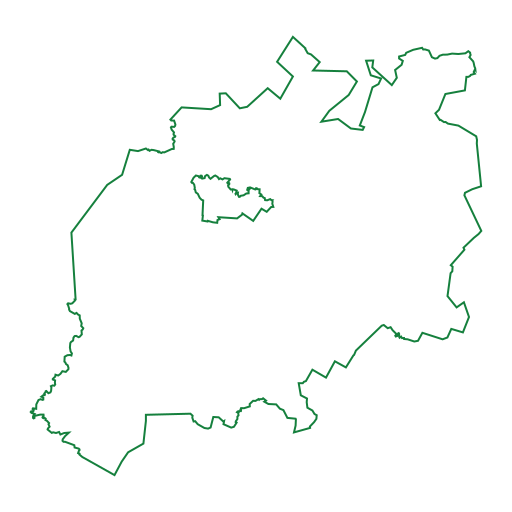 Apes pag., Apes, Latvia (Mercator projection)
{"feature_id": "27541924B88937634750122", "entity_name": "Apes pag.", "entity_type": "district", "adm_level": 2, "iso_a3": "LVA", "parent_name": "Latvia", "parent_adm1": "Apes", "projection": "mercator", "projection_center": [26.708, 57.522], "detail": "fine", "context": "isolated", "style": "outline", "palette": "green", "viewbox_px": 512, "rotation_deg": 0, "n_neighbors": 0, "source": "geoboundaries", "source_scale": "gbopen_adm2", "svg_char_len": 5930}
<svg xmlns="http://www.w3.org/2000/svg" viewBox="0 0 512 512"><path d="M468.3,51.2L465.4,53.3L458.3,54.0L452.1,53.6L447.2,54.6L442.8,54.7L439.5,55.8L437.4,58.1L435.0,58.6L431.9,57.2L428.9,50.6L425.0,49.4L423.2,49.5L422.1,47.8L413.2,49.8L406.2,52.8L405.2,54.9L399.1,56.5L399.1,58.5L402.8,60.9L401.6,64.8L395.1,70.0L396.8,77.8L391.8,85.1L372.3,67.4L373.2,60.5L366.1,60.7L370.8,75.3L381.1,78.5L378.5,84.1L372.5,87.3L365.0,112.0L359.8,125.5L364.1,127.1L362.7,129.9L350.9,128.5L338.1,119.0L321.4,121.7L329.3,110.8L348.7,95.0L356.9,81.5L346.8,71.3L313.1,70.5L319.7,62.1L311.0,54.4L307.7,53.2L305.2,48.8L305.4,48.3L292.9,36.9L277.1,61.8L292.9,76.5L280.3,98.7L267.7,88.2L247.2,106.8L239.8,108.3L225.8,93.3L219.7,93.6L220.1,105.1L211.1,109.2L181.6,107.4L170.4,119.6L171.2,120.5L174.1,120.6L175.4,124.5L175.1,125.9L174.2,126.9L171.5,126.7L170.9,127.4L171.7,129.7L174.0,132.4L173.5,134.1L173.7,134.8L175.3,136.2L175.0,136.9L173.4,137.6L172.6,138.7L172.7,139.5L174.3,140.5L174.6,141.5L173.2,143.8L173.8,147.1L173.7,148.9L171.8,149.0L164.3,152.4L162.6,152.2L161.4,153.0L160.0,152.5L159.5,151.7L158.5,152.3L158.1,152.1L158.1,151.2L153.7,150.1L151.5,149.8L149.6,150.8L148.6,149.6L148.0,150.1L145.9,148.5L138.0,151.1L129.8,149.8L122.1,174.8L107.2,184.9L71.4,232.6L75.6,299.4L74.9,299.5L75.2,299.9L74.9,300.6L72.3,303.3L70.6,303.8L68.1,303.3L67.4,304.1L68.1,305.3L69.2,308.8L69.1,309.6L69.9,311.1L74.8,313.9L76.5,312.9L78.1,314.6L79.7,315.4L79.8,318.7L81.7,323.3L81.2,326.0L83.3,328.2L82.7,329.5L81.5,330.5L81.8,334.4L79.6,336.8L78.6,337.2L76.2,335.9L74.6,336.1L73.5,337.6L73.1,340.5L70.9,342.1L70.3,343.1L69.9,347.5L70.6,351.5L71.9,353.4L71.4,355.5L70.1,355.0L67.4,355.2L64.7,356.7L64.4,361.6L65.4,362.5L65.9,363.9L67.7,365.3L68.5,367.9L68.4,369.2L65.8,371.9L62.4,371.2L60.4,373.9L58.2,375.5L55.5,374.7L55.2,376.6L52.8,378.9L52.8,379.5L55.1,380.4L54.9,382.7L55.2,384.5L54.3,385.7L52.7,385.4L50.9,386.2L51.4,387.4L51.1,390.9L50.4,392.4L48.4,393.2L46.3,391.0L45.7,391.2L45.3,392.5L44.3,393.5L44.9,394.7L44.7,395.1L43.4,395.1L41.4,396.7L43.3,397.6L43.3,399.6L42.6,399.9L40.6,399.2L38.5,400.0L36.3,404.4L36.2,408.8L33.0,408.3L32.6,409.0L33.7,410.1L33.3,411.3L31.2,411.3L30.7,412.0L31.5,412.9L34.7,414.0L33.3,415.8L33.0,416.9L33.1,418.0L33.7,418.4L34.5,417.9L34.3,416.7L34.7,415.9L40.2,414.6L43.5,414.6L43.6,415.6L42.5,417.4L42.7,417.8L43.4,418.2L44.1,417.5L45.7,418.7L45.4,420.0L46.9,420.8L49.1,423.1L48.5,424.2L49.6,426.7L47.9,428.5L47.6,429.5L51.8,432.9L53.1,432.3L56.0,433.0L59.1,432.0L60.4,434.5L64.2,433.0L68.9,432.6L65.1,436.1L62.7,439.3L62.5,440.8L63.5,441.8L65.1,441.8L74.3,445.2L74.6,447.5L78.7,448.6L79.5,449.4L79.5,450.2L78.9,450.8L78.1,453.1L79.4,453.6L79.6,453.8L79.4,454.5L82.3,457.0L114.5,475.1L121.7,461.6L128.1,452.3L143.4,443.6L145.9,420.9L145.9,414.8L190.4,413.7L192.6,415.7L192.3,417.7L193.6,421.5L195.2,421.2L197.7,424.2L204.4,428.0L208.1,428.6L210.6,427.5L213.3,417.0L218.7,417.3L223.3,421.5L224.1,421.0L223.5,424.2L231.2,427.6L233.9,426.8L236.4,423.0L236.6,422.6L235.7,422.2L235.8,421.3L237.4,419.0L237.4,416.6L238.5,415.4L238.2,412.8L237.0,412.2L237.6,411.5L238.7,411.2L239.0,411.9L240.3,410.9L240.9,411.0L241.1,409.9L240.5,409.5L241.1,408.1L244.1,408.2L249.8,406.4L249.7,404.0L253.1,400.8L255.5,400.9L258.5,399.1L259.1,399.8L259.7,399.2L262.1,399.1L263.1,398.3L266.0,400.6L264.3,401.7L268.4,404.0L276.2,404.4L279.9,408.7L283.4,410.1L287.4,417.9L295.6,418.7L295.9,419.3L295.6,425.6L294.0,432.4L310.1,427.9L309.9,426.5L314.1,422.1L316.4,418.8L316.7,415.2L314.5,414.0L312.4,410.5L307.4,407.7L306.7,402.2L307.0,398.5L300.8,395.3L298.7,383.2L302.8,383.2L303.9,381.8L305.9,381.1L312.4,369.7L326.0,377.6L334.9,361.3L345.9,367.4L353.4,355.4L354.1,354.9L355.9,350.6L381.7,325.7L383.8,325.0L387.7,328.2L390.6,327.2L392.6,330.2L396.5,334.1L395.3,335.7L395.8,336.5L397.2,336.0L398.1,333.4L398.7,333.1L399.1,333.7L399.2,336.9L399.6,337.7L401.1,336.6L402.0,338.1L404.0,338.0L404.1,339.0L407.6,339.3L414.3,341.5L418.0,340.8L422.4,332.8L442.6,339.3L447.4,337.5L451.3,328.9L462.9,332.4L469.0,317.0L463.9,302.3L456.6,307.4L447.5,296.1L450.6,273.2L452.3,271.3L452.6,266.7L450.8,265.2L464.4,249.7L463.5,247.7L473.9,237.8L478.6,234.0L481.3,230.9L464.4,195.3L465.0,192.8L472.3,189.2L481.1,186.3L476.8,143.5L477.0,139.9L476.2,136.3L458.4,125.6L447.9,123.6L445.6,122.0L444.0,122.1L440.5,119.8L439.8,120.0L435.4,113.3L439.0,109.8L445.4,94.0L464.9,90.4L466.4,76.9L468.2,76.9L470.0,76.0L470.8,74.9L474.9,73.7L473.7,72.0L474.9,69.5L475.4,70.1L475.2,68.3L474.4,66.4L473.7,63.0L473.2,61.4L469.4,57.2L470.6,55.0L470.5,54.4L470.1,53.4L470.1,52.6L468.3,51.2ZM271.2,207.0L266.7,211.8L261.5,208.7L253.2,220.9L242.4,213.4L242.0,214.7L237.1,218.4L218.4,217.2L219.6,219.2L217.5,220.0L217.2,222.8L212.9,222.3L207.7,220.8L207.5,221.5L202.3,220.6L202.9,215.5L202.5,215.3L203.2,200.4L201.5,199.7L199.7,197.8L197.8,193.8L195.8,192.4L195.1,189.7L194.5,189.2L194.8,187.8L194.2,184.6L192.9,182.9L192.0,182.9L191.3,182.0L193.6,177.7L195.9,175.5L199.0,176.3L199.1,177.3L199.9,177.6L200.5,177.2L200.7,175.7L201.6,175.7L202.1,176.4L201.3,178.0L202.1,178.6L204.6,178.1L205.1,176.1L206.9,174.9L208.3,175.7L209.1,177.5L210.5,178.8L214.2,175.9L215.3,175.5L217.7,177.0L219.0,179.1L220.2,178.3L222.5,179.4L224.4,178.2L229.8,178.9L230.1,179.5L227.3,182.7L227.6,183.3L228.9,182.9L229.3,183.3L229.2,184.4L228.1,185.5L228.3,186.7L230.7,189.5L232.3,189.3L232.5,190.0L232.7,189.3L233.7,189.4L236.7,190.6L235.9,193.4L235.5,193.8L235.7,194.2L237.1,192.5L238.0,192.5L237.8,193.5L238.0,194.9L239.0,196.9L239.7,196.9L240.7,195.8L243.6,195.3L246.3,193.5L248.6,193.3L248.6,190.9L247.2,189.9L247.8,187.9L248.5,187.8L248.7,188.6L249.5,189.1L249.9,188.6L249.6,187.5L250.1,187.4L255.3,189.5L256.0,189.2L256.0,188.3L256.7,188.2L257.8,189.2L259.6,189.3L259.4,193.2L261.3,194.5L260.2,196.1L262.3,196.2L263.5,197.7L264.7,198.0L265.1,200.1L267.2,200.3L270.2,199.1L271.2,200.0L272.5,200.2L272.2,200.6L272.6,201.7L272.3,203.7L273.3,206.9L271.2,207.0Z" fill="none" stroke="#15803d" stroke-width="2"/></svg>